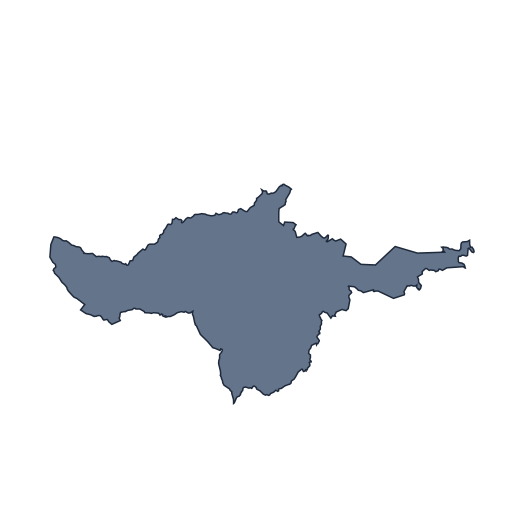 the district of Ixhuacán de los Reyes, Veracruz, Mexico, rotated 315°
{"feature_id": "50627088B23421839832911", "entity_name": "Ixhuacán de los Reyes", "entity_type": "district", "adm_level": 2, "iso_a3": "MEX", "parent_name": "Mexico", "parent_adm1": "Veracruz", "projection": "albers", "projection_center": [-97.071, 19.373], "detail": "fine", "context": "isolated", "style": "filled", "palette": "slate", "viewbox_px": 512, "rotation_deg": 315, "n_neighbors": 0, "source": "geoboundaries", "source_scale": "gbopen_adm2", "svg_char_len": 6161}
<svg xmlns="http://www.w3.org/2000/svg" viewBox="0 0 512 512"><g transform="rotate(315 256 256)"><path d="M395.5,412.4L396.9,410.0L397.2,408.5L396.7,407.7L396.7,406.7L394.9,404.3L395.1,403.1L397.8,400.2L399.2,399.6L400.4,400.9L402.2,401.1L403.3,402.3L404.6,404.7L406.0,405.1L411.2,400.8L412.2,401.0L411.5,405.9L412.2,407.3L413.2,407.2L414.5,405.2L415.0,402.4L413.9,401.6L415.2,399.0L418.2,395.9L415.6,395.2L412.1,392.2L410.6,392.0L409.3,392.6L405.9,395.7L403.4,395.9L400.7,392.6L399.6,389.6L398.4,388.8L397.6,387.5L397.7,386.5L397.0,384.9L394.7,382.0L393.5,381.1L393.5,381.9L394.2,382.6L393.0,383.4L392.6,384.6L391.4,384.6L392.2,385.9L392.1,386.7L372.2,368.1L361.1,347.7L334.1,346.8L324.3,336.1L322.7,324.0L317.6,317.6L328.2,311.2L327.8,303.9L323.0,301.8L322.4,300.4L322.2,297.8L316.4,296.3L316.1,295.4L319.1,294.9L321.8,292.6L321.5,292.0L317.7,292.0L316.4,290.9L316.1,287.9L316.4,283.1L310.9,280.2L308.7,279.8L307.5,278.3L307.0,278.5L306.6,277.9L307.0,274.9L306.5,274.6L302.0,274.3L300.3,273.5L298.0,271.7L300.9,266.7L301.2,265.3L300.9,263.8L301.4,263.3L302.1,263.6L305.1,262.4L306.4,262.3L305.9,258.6L300.3,252.3L297.0,253.9L296.3,248.3L296.7,247.5L303.3,240.9L305.9,238.8L312.9,240.3L314.7,238.9L315.7,238.8L316.8,237.2L324.6,235.2L326.9,233.8L328.3,233.8L327.9,230.2L326.8,227.0L326.5,225.0L325.4,224.3L324.4,224.9L324.0,224.6L323.8,223.9L323.4,224.1L321.7,223.5L315.7,224.5L313.5,224.1L311.7,223.1L311.3,222.3L308.9,221.5L308.0,219.9L309.2,217.6L308.9,216.9L307.4,215.5L306.9,213.2L306.2,215.0L304.6,216.2L299.5,216.1L297.1,215.7L295.9,217.0L292.3,217.5L290.6,218.9L286.2,217.7L281.2,218.3L280.4,217.6L279.8,216.4L278.7,211.7L276.5,210.8L274.2,211.9L273.3,212.0L272.7,211.6L271.9,209.7L270.6,208.4L267.9,208.7L266.8,207.6L266.4,205.8L264.9,204.3L264.5,203.2L263.3,202.2L261.4,202.0L258.8,200.4L257.9,197.5L255.6,198.1L252.9,196.1L250.4,192.4L249.8,190.6L247.6,187.7L244.4,185.6L242.5,183.7L241.8,183.3L239.8,183.5L237.2,183.1L236.4,182.7L235.1,180.7L233.1,180.2L228.3,180.6L227.1,180.1L227.3,179.4L228.6,178.6L228.7,177.7L228.4,176.8L227.1,175.6L226.5,172.3L223.9,172.2L222.9,171.0L220.0,173.3L218.0,173.5L217.2,172.7L217.0,171.9L215.9,171.3L211.8,172.5L208.5,172.9L207.6,173.9L206.2,174.2L204.9,174.3L203.5,173.4L202.1,173.6L200.9,175.1L199.1,175.0L196.5,176.6L192.7,175.9L189.0,172.3L187.3,171.9L182.5,173.3L181.6,173.2L180.9,171.1L174.7,170.6L172.7,170.9L168.9,170.4L165.6,172.0L163.5,170.4L159.7,171.9L158.8,171.8L158.2,171.3L158.4,169.3L157.4,169.2L156.0,166.4L156.2,165.0L153.9,160.8L152.9,159.9L152.6,158.9L150.3,158.0L150.3,155.7L151.0,153.5L149.9,150.6L148.7,149.7L147.0,147.3L146.3,147.2L144.7,145.1L142.6,143.5L142.2,138.6L138.8,135.6L136.3,132.5L136.7,132.4L137.0,128.8L137.8,126.1L137.2,124.4L135.4,122.2L134.5,119.6L133.4,118.1L133.1,113.5L132.5,110.9L131.4,110.2L130.3,108.4L130.0,105.5L128.8,102.6L127.4,100.5L126.6,99.6L119.1,102.8L109.5,111.0L107.9,116.7L108.2,120.0L107.6,121.0L106.4,122.4L104.2,122.1L102.4,122.8L102.3,124.2L101.4,125.7L101.5,131.7L100.2,137.2L100.4,141.3L100.0,144.4L99.0,146.2L98.5,148.4L98.2,154.5L98.2,156.4L99.3,159.4L100.6,169.2L93.8,170.1L95.1,176.6L97.5,180.5L98.8,184.3L100.7,185.8L101.8,186.1L103.6,187.8L103.7,190.0L103.0,192.7L103.1,193.7L105.5,195.3L105.9,196.2L105.4,198.4L105.7,202.4L114.4,205.7L115.3,203.1L116.6,202.7L119.4,200.5L120.5,200.2L123.5,202.1L124.1,202.9L126.9,203.8L130.5,206.4L132.4,206.5L133.5,207.5L133.5,208.4L136.4,211.4L137.7,216.2L137.3,217.5L140.6,221.1L141.3,222.5L143.5,223.7L146.5,227.3L146.7,228.9L146.3,229.9L148.3,230.3L148.6,231.3L147.7,232.0L147.8,232.8L148.5,234.4L148.9,233.9L149.8,234.5L149.3,235.7L151.3,236.8L152.6,238.2L156.8,239.8L160.2,240.4L163.2,242.1L164.6,243.3L164.8,244.2L165.7,245.1L166.8,245.1L167.8,248.5L169.0,249.6L172.3,250.4L170.1,251.9L168.8,254.8L165.3,260.1L165.1,261.1L164.5,261.5L164.5,263.4L161.2,272.2L161.3,282.2L160.7,289.8L160.5,290.0L162.0,292.9L163.8,297.4L165.4,296.7L166.0,298.1L165.7,298.8L163.5,299.7L160.5,300.0L157.8,302.7L155.9,303.6L153.6,305.5L149.2,312.6L147.1,314.9L146.4,315.1L145.5,317.6L144.8,318.4L144.4,319.9L142.7,322.5L142.0,324.8L143.3,331.4L142.7,332.9L142.9,334.8L141.6,336.2L138.6,341.6L135.9,344.4L136.8,344.5L142.0,342.4L143.5,342.4L144.8,343.2L147.0,343.1L147.9,342.2L149.2,342.2L149.8,341.6L151.4,341.8L153.2,340.3L154.6,340.3L156.1,341.5L157.6,344.5L159.3,345.5L159.2,346.4L160.0,346.6L161.9,346.1L162.9,346.9L163.2,349.3L162.8,349.6L162.4,350.7L163.5,354.3L163.5,358.8L164.3,361.1L165.5,361.5L166.4,363.6L167.4,363.9L169.1,363.6L172.3,364.8L175.1,364.9L175.7,367.1L176.7,367.3L177.7,366.2L178.3,366.2L180.4,367.6L184.4,368.2L188.1,369.8L189.0,370.5L191.0,370.6L192.7,369.4L195.8,370.0L198.3,369.5L203.7,367.9L208.1,368.3L208.7,368.9L207.9,371.1L208.1,371.5L209.7,371.9L210.0,372.6L210.8,371.6L211.6,372.6L213.5,371.7L216.3,371.7L217.4,370.8L218.3,369.0L218.9,368.9L220.0,369.9L220.6,369.4L220.5,368.1L221.1,367.0L222.6,366.4L224.5,364.5L224.3,362.1L226.9,360.1L229.5,359.8L232.1,358.5L236.5,360.0L236.7,360.4L236.0,361.6L237.4,361.1L237.8,361.7L240.7,360.8L241.0,360.5L241.7,356.7L242.2,355.9L245.0,355.6L246.1,356.0L246.2,355.4L247.0,355.1L247.0,353.8L249.8,353.2L251.8,351.1L254.1,350.5L256.0,348.5L257.0,348.2L257.3,346.0L257.8,345.6L258.0,344.4L259.1,342.3L261.6,342.9L263.5,342.4L264.4,342.6L264.9,344.6L266.0,346.7L265.0,352.9L267.7,352.3L269.5,354.7L270.2,353.2L272.1,352.8L273.0,352.3L279.0,354.6L281.0,358.3L283.9,358.5L291.4,353.4L292.6,350.7L293.7,349.6L297.7,349.5L298.4,348.2L298.1,346.0L298.4,345.3L299.8,343.9L299.8,342.8L300.1,342.7L303.8,347.3L304.2,350.5L304.1,352.5L305.6,355.0L306.0,357.8L315.1,362.9L315.0,363.4L314.1,364.0L314.3,364.6L315.9,365.5L317.6,367.2L323.3,383.2L333.4,388.3L334.4,387.7L335.4,385.8L341.8,384.0L341.9,384.5L342.9,385.0L343.3,385.8L344.9,386.3L346.1,388.6L347.5,390.0L349.2,390.2L347.6,391.4L347.2,393.3L347.7,394.0L347.1,394.5L347.3,395.4L349.2,395.4L352.0,393.8L352.3,389.7L354.5,387.3L355.4,384.9L360.9,386.3L362.5,384.5L367.2,384.8L367.8,385.8L368.3,388.7L369.2,389.0L371.8,392.0L372.0,394.2L374.6,395.3L375.6,394.7L376.1,394.7L376.9,395.7L377.7,398.0L382.6,399.3L395.1,410.2L395.1,411.6L395.5,412.4Z" fill="#64748b" stroke="#1e293b" stroke-width="1.5"/></g></svg>